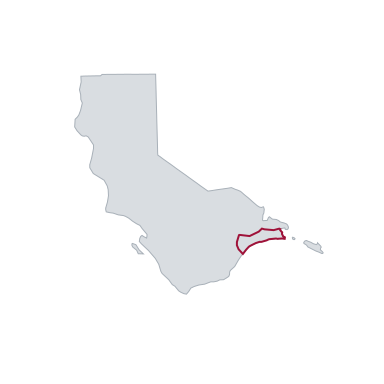 where Al Batnah North sits in Oman, rotated 110°
{"feature_id": "OMN-2424", "entity_name": "Al Batnah North", "entity_type": "Region", "adm_level": 1, "iso_a3": "OMN", "parent_name": "Oman", "parent_adm1": "", "projection": "natural_earth1", "projection_center": [56.548, 24.234], "detail": "fine", "context": "in_parent", "style": "outline", "palette": "rose", "viewbox_px": 384, "rotation_deg": 110, "n_neighbors": 0, "source": "natural_earth", "source_scale": "10m", "svg_char_len": 3669}
<svg xmlns="http://www.w3.org/2000/svg" viewBox="0 0 384 384"><g transform="rotate(110 192 192)"><path d="M121.2,336.0L119.6,332.1L118.1,328.2L116.6,324.3L115.1,320.4L114.1,317.7L112.3,316.7L111.2,313.8L110.1,310.9L109.0,307.9L107.9,304.9L106.8,302.0L105.7,299.0L104.6,296.1L103.5,293.1L102.4,290.1L101.4,287.2L100.3,284.2L99.2,281.3L98.1,278.3L97.0,275.3L95.9,272.4L94.8,269.4L93.7,266.5L97.3,265.1L101.6,263.4L105.9,261.7L110.2,260.0L114.6,258.3L118.9,256.6L123.2,254.9L127.5,253.2L131.8,251.5L136.2,249.8L140.5,248.1L144.8,246.4L149.1,244.7L153.4,243.0L157.7,241.3L162.0,239.6L166.4,237.9L169.0,236.8L170.1,232.9L171.1,229.6L172.0,226.3L172.9,223.0L173.8,219.7L174.8,216.4L175.7,213.2L176.6,209.9L177.5,206.6L178.4,203.3L179.4,200.0L180.3,196.7L181.2,193.5L182.1,190.2L183.1,186.9L184.0,183.6L184.9,180.3L185.7,177.3L184.2,174.4L182.0,170.5L179.8,166.4L177.8,162.6L176.3,159.8L174.4,156.5L174.7,152.1L174.6,150.0L174.8,146.6L176.6,142.0L178.6,136.2L180.2,132.3L181.5,128.9L182.5,126.2L183.1,123.4L182.8,121.4L182.1,120.7L181.5,119.7L183.5,118.2L187.2,117.3L189.3,117.5L192.1,116.7L194.4,116.1L194.6,115.2L193.9,113.7L193.0,111.6L189.8,111.4L188.8,110.8L189.9,107.6L189.9,106.6L189.5,105.4L189.0,103.4L189.2,100.8L189.9,99.1L189.9,97.7L189.6,94.8L189.7,92.2L190.4,90.9L191.6,89.7L192.7,89.1L193.9,89.2L194.8,89.7L195.2,91.0L194.9,91.9L194.3,92.1L194.0,92.5L195.0,94.3L196.3,96.0L197.4,95.7L198.6,94.3L199.8,93.2L201.4,92.2L202.5,90.3L203.5,89.1L204.4,88.9L206.9,96.7L210.6,104.0L214.0,108.0L217.4,113.5L222.6,118.6L225.0,120.3L234.7,123.8L240.1,125.1L247.4,126.4L252.5,129.1L254.2,129.3L256.8,128.5L258.8,128.6L263.6,132.3L265.1,135.9L267.1,137.8L268.9,140.7L270.1,143.8L274.2,148.5L277.1,153.8L280.1,157.7L282.7,160.2L286.7,161.1L289.9,162.3L290.3,164.9L290.0,168.3L289.4,170.8L286.4,175.8L285.8,178.8L282.4,183.8L278.8,192.2L277.2,194.1L271.3,198.5L267.0,203.7L261.9,212.8L258.0,221.8L256.5,224.6L253.4,225.2L251.3,225.0L249.9,224.1L250.5,221.7L250.8,218.9L248.9,219.2L247.2,219.8L243.3,226.5L241.2,229.5L240.8,233.2L239.7,238.0L238.2,242.5L237.6,246.2L237.6,248.4L238.7,253.5L238.8,258.8L239.5,262.0L240.0,265.8L238.2,267.0L236.6,267.6L230.4,268.0L224.1,269.2L218.6,271.5L215.3,273.7L211.0,278.6L208.4,291.1L204.2,296.3L201.4,297.4L194.5,297.9L184.9,299.4L181.5,300.6L175.8,308.3L175.4,310.7L176.5,312.4L176.8,314.3L176.3,316.1L173.8,320.9L171.0,324.5L163.6,326.7L160.9,325.4L158.5,324.7L153.7,324.6L145.9,325.5L143.1,328.1L138.6,329.9L134.4,332.7L126.5,333.8L121.2,336.0ZM202.2,68.9L201.7,69.6L201.0,69.7L199.3,69.1L198.4,67.8L198.6,66.1L198.6,63.1L199.1,60.2L198.9,57.1L197.7,56.5L196.8,56.7L198.9,52.4L199.7,51.7L200.5,52.0L202.4,51.6L203.4,49.2L204.2,48.0L205.0,48.1L205.4,48.8L205.1,52.4L205.1,55.3L204.0,64.4L202.9,65.9L202.4,67.2L202.2,68.9ZM262.7,230.2L261.2,230.7L260.7,230.4L260.7,226.7L264.4,222.0L266.8,216.5L268.4,221.4L265.6,224.1L264.0,228.8L262.7,230.2ZM201.8,81.3L200.7,82.1L200.0,81.9L200.1,80.3L200.6,79.2L201.6,79.3L201.9,80.0L201.8,81.3Z" fill="#d9dde1" stroke="#a8b0b8" stroke-width="1"/><path d="M196.7,96.3L197.2,96.3L197.7,96.1L197.9,95.8L198.1,95.3L198.6,94.6L199.0,93.5L199.4,93.3L200.3,93.2L200.8,93.0L201.6,92.1L201.7,91.9L202.4,91.4L202.5,91.1L202.6,90.9L202.6,90.4L202.7,89.4L202.8,89.2L204.3,88.9L204.8,91.3L206.4,94.9L206.7,95.3L206.8,95.9L207.0,97.2L209.9,103.2L210.5,104.0L211.9,105.3L214.6,109.0L215.2,109.9L215.4,110.5L215.6,111.3L218.1,114.5L221.0,117.3L223.3,119.4L224.1,119.9L227.7,121.4L232.2,122.8L232.8,123.0L229.9,128.6L226.7,131.6L223.6,132.7L216.5,133.1L216.0,132.5L213.7,122.8L206.4,115.7L202.5,113.8L202.3,111.2L199.9,102.2L196.6,97.5L196.7,96.3L196.7,96.3Z" fill="none" stroke="#9f1239" stroke-width="2"/></g></svg>